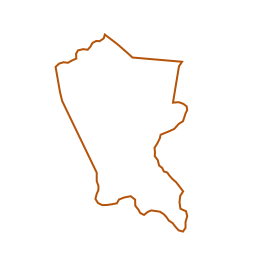 Cordeiro, Rio de Janeiro, Brazil (orthographic projection), rotated 21°
{"feature_id": "56859067B26605122636621", "entity_name": "Cordeiro", "entity_type": "district", "adm_level": 2, "iso_a3": "BRA", "parent_name": "Brazil", "parent_adm1": "Rio de Janeiro", "projection": "orthographic", "projection_center": [-42.325, -22.061], "detail": "fine", "context": "isolated", "style": "outline", "palette": "amber", "viewbox_px": 256, "rotation_deg": 21, "n_neighbors": 0, "source": "geoboundaries", "source_scale": "gbopen_adm2", "svg_char_len": 1217}
<svg xmlns="http://www.w3.org/2000/svg" viewBox="0 0 256 256"><g transform="rotate(21 128 128)"><path d="M183.7,195.6L187.9,194.7L192.1,195.6L195.5,197.2L199.3,199.8L203.8,200.8L207.6,203.2L212.0,205.4L216.4,205.0L217.5,200.6L215.4,195.2L214.9,189.1L212.0,184.9L205.9,184.6L202.6,178.7L201.1,172.6L202.2,167.4L197.7,164.6L192.4,161.4L187.6,159.6L183.7,157.6L180.6,155.5L177.0,155.7L174.2,153.0L170.5,151.9L167.3,147.3L163.1,144.7L161.9,141.0L159.9,137.1L160.9,131.8L161.4,126.4L160.9,122.6L163.5,120.1L167.0,116.9L171.5,112.3L173.9,106.0L176.9,101.9L176.7,97.6L176.5,94.0L176.8,90.0L175.0,86.8L170.9,85.6L166.2,85.7L160.9,88.2L153.5,52.2L154.7,46.8L106.9,60.6L100.8,58.2L95.9,56.4L89.9,54.2L86.6,53.1L72.9,49.1L73.2,53.1L70.4,57.1L67.1,58.2L64.4,61.2L63.7,65.8L62.3,69.4L57.8,70.5L53.5,73.5L52.9,77.3L54.9,81.7L51.7,84.8L48.6,88.6L44.1,89.8L40.6,92.6L38.5,96.9L51.8,119.1L56.8,126.3L64.5,133.6L114.8,180.9L117.9,188.9L121.3,192.9L122.6,196.6L122.4,200.8L123.0,205.9L126.9,208.8L131.7,209.2L135.9,207.4L139.4,205.5L144.6,202.3L145.2,198.0L149.4,194.2L155.0,190.7L160.3,192.3L162.7,198.0L167.0,200.5L169.9,203.0L174.1,203.4L176.7,199.0L179.3,196.6L183.7,195.6Z" fill="none" stroke="#b45309" stroke-width="2"/></g></svg>